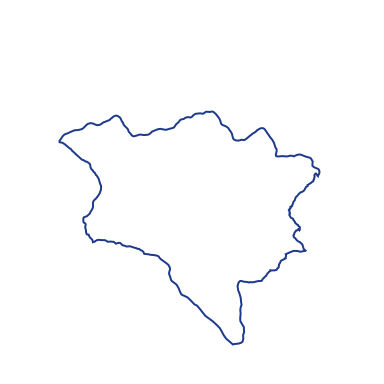 Cepitá, Santander, Colombia, rotated 130°
{"feature_id": "7082276B75602648241124", "entity_name": "Cepitá", "entity_type": "district", "adm_level": 2, "iso_a3": "COL", "parent_name": "Colombia", "parent_adm1": "Santander", "projection": "orthographic", "projection_center": [-72.934, 6.746], "detail": "fine", "context": "isolated", "style": "outline", "palette": "blue", "viewbox_px": 384, "rotation_deg": 130, "n_neighbors": 0, "source": "geoboundaries", "source_scale": "gbopen_adm2", "svg_char_len": 5965}
<svg xmlns="http://www.w3.org/2000/svg" viewBox="0 0 384 384"><g transform="rotate(130 192 192)"><path d="M181.3,295.9L181.6,298.1L182.1,298.9L182.6,299.6L184.6,300.6L185.1,300.8L186.4,300.9L187.9,301.3L189.5,301.4L190.3,301.6L191.0,302.0L191.7,302.5L193.6,303.4L195.6,304.6L197.1,305.0L198.6,305.3L199.7,305.8L200.7,306.6L201.6,307.4L202.6,309.6L203.0,311.4L204.0,313.3L204.8,314.3L206.9,315.6L208.1,315.9L210.6,316.1L213.5,316.4L214.7,316.9L216.9,318.4L218.9,320.2L219.7,321.2L220.8,322.0L225.4,324.3L226.9,324.9L229.3,326.4L230.7,326.8L232.2,326.9L238.1,326.3L239.0,325.4L238.2,324.1L237.5,322.7L237.2,320.0L237.2,314.4L237.0,312.0L237.5,310.1L237.5,307.2L237.8,304.4L237.8,301.4L238.0,297.5L237.9,296.8L237.5,296.1L237.0,293.1L236.3,291.8L236.2,290.0L236.2,288.2L237.1,286.9L238.4,285.5L239.3,283.4L239.1,282.7L239.2,282.2L239.8,280.4L239.8,278.6L240.6,277.0L240.7,276.3L240.6,275.8L241.8,272.1L244.6,267.9L245.8,265.5L246.9,264.6L249.4,262.9L251.2,262.4L252.0,262.0L254.1,261.6L258.4,261.3L259.9,261.6L261.9,261.6L263.0,261.4L264.2,260.8L266.4,258.7L267.3,258.1L268.3,257.7L269.4,257.4L272.9,256.9L273.8,256.5L274.6,256.5L277.8,256.9L278.8,257.3L280.3,258.3L280.9,258.5L281.4,258.5L282.0,258.3L284.7,256.0L284.9,255.3L284.9,254.5L284.7,253.7L284.9,253.0L285.5,252.3L287.6,251.3L289.4,248.7L290.4,247.9L291.7,246.2L292.0,245.3L291.7,244.5L291.1,243.8L291.4,243.1L291.8,242.6L292.4,241.0L292.7,237.7L293.5,236.3L294.1,235.7L293.5,235.4L293.1,234.9L292.6,234.6L291.4,234.4L290.1,233.9L289.2,233.3L288.7,232.8L286.5,229.7L285.2,228.2L284.5,226.7L284.3,224.6L283.9,224.1L282.7,223.0L280.7,220.2L280.4,219.4L280.5,217.0L280.2,216.8L279.1,216.3L277.7,215.1L277.2,214.1L277.4,210.9L277.0,210.0L276.4,209.1L276.0,207.5L275.3,206.5L274.3,205.6L273.3,204.4L271.7,200.3L270.9,198.8L270.7,197.7L270.4,196.9L269.6,196.0L269.6,194.5L269.4,193.5L269.1,192.8L269.1,191.1L269.4,190.2L270.1,188.9L268.5,186.4L267.7,185.5L267.2,184.1L264.4,180.0L263.5,178.4L262.8,176.2L263.4,174.1L263.5,172.3L263.0,165.8L263.0,163.4L263.9,160.9L265.1,159.2L267.1,158.4L269.3,157.2L270.5,155.1L273.1,151.0L273.1,149.1L272.9,144.3L274.2,140.6L275.7,137.8L276.8,135.6L277.3,134.1L275.6,127.7L276.0,122.3L276.5,118.0L275.8,115.1L276.6,110.4L278.3,102.2L277.7,92.9L278.0,87.0L278.4,83.1L281.4,75.4L282.4,71.5L282.5,62.6L281.4,62.0L278.2,58.9L276.0,57.5L274.1,57.1L271.2,58.5L270.3,59.5L268.7,60.9L266.0,61.9L264.0,63.8L262.2,65.4L260.0,71.7L257.9,73.8L254.0,76.5L251.5,79.0L249.4,80.4L246.5,81.6L244.6,83.8L241.8,86.6L238.8,91.1L237.8,93.2L234.8,96.6L232.5,97.7L231.2,98.1L229.5,98.0L228.6,97.3L228.2,96.6L227.4,94.6L225.5,92.0L224.6,90.0L223.7,89.6L222.6,88.0L221.1,86.5L218.5,84.7L217.9,84.1L217.2,83.6L216.5,82.6L215.3,81.6L214.5,81.6L213.8,81.9L211.4,81.7L210.6,81.8L208.8,81.3L206.0,81.8L205.2,81.7L203.5,81.7L202.4,81.3L202.1,81.4L201.5,81.7L200.8,80.3L200.0,79.7L198.9,78.2L198.1,77.9L197.6,77.3L197.0,77.1L195.7,77.5L194.5,77.1L194.1,77.1L193.7,77.3L193.2,77.9L191.8,78.4L191.5,78.8L189.2,79.1L187.9,79.6L187.0,79.5L184.5,78.3L183.6,78.3L183.0,77.7L182.6,77.6L182.4,78.0L182.2,78.1L181.3,78.4L180.1,79.3L179.6,79.7L179.4,80.2L175.8,78.5L172.4,76.7L171.5,76.0L170.7,74.9L169.5,73.5L169.1,72.5L168.4,71.4L168.3,70.9L167.9,70.4L167.0,69.6L165.6,68.7L164.4,67.4L163.9,67.3L164.0,68.7L163.9,68.9L163.7,70.1L161.9,72.7L161.6,73.4L161.3,73.6L161.2,74.0L161.1,75.3L161.2,76.6L161.0,77.0L161.2,77.8L161.6,79.0L161.6,80.6L161.3,82.3L161.0,83.1L161.2,84.4L161.1,84.8L160.2,86.3L159.8,86.5L159.4,86.4L159.0,86.5L158.2,86.9L157.3,87.2L157.0,87.4L156.1,87.3L154.8,87.5L153.7,86.7L153.3,86.8L152.6,86.3L152.2,86.4L151.9,86.6L151.7,86.3L152.2,85.1L151.8,85.1L151.4,85.3L150.6,86.0L150.3,86.3L149.6,86.7L149.5,87.6L149.7,88.4L149.1,89.5L149.1,89.9L149.4,90.3L149.3,93.1L149.1,93.5L148.8,93.8L148.4,95.5L148.3,96.3L147.7,96.9L147.6,97.3L147.7,97.7L147.8,98.6L148.0,99.0L148.1,99.8L147.1,102.6L146.4,103.1L146.1,102.9L145.7,102.9L145.3,103.2L145.1,104.0L144.1,104.8L144.0,105.2L144.0,105.7L143.6,105.8L142.3,106.0L142.5,106.3L140.9,106.3L140.7,106.6L139.2,106.4L139.3,106.8L138.5,106.5L136.4,107.1L134.2,108.0L132.2,108.0L129.6,109.1L127.7,108.9L124.7,108.9L122.7,108.7L121.1,107.7L118.9,107.1L114.6,107.9L113.2,107.2L112.9,107.3L112.6,107.5L112.3,107.9L111.9,107.6L110.8,107.5L109.0,106.8L107.6,106.5L106.7,106.5L105.9,106.0L105.3,106.1L104.4,106.8L103.4,106.8L102.6,107.5L101.6,107.8L101.0,108.3L100.8,108.8L99.8,109.2L98.5,109.2L98.2,109.0L98.2,108.4L98.3,107.7L98.9,106.3L98.9,105.7L98.4,106.0L96.7,106.2L95.3,106.8L93.8,108.2L93.2,109.9L94.6,114.6L94.6,116.5L93.2,117.7L91.1,119.1L89.9,122.3L90.0,123.7L91.8,127.7L93.6,133.1L95.5,135.0L98.0,136.4L99.1,136.7L99.7,138.3L101.2,140.2L103.3,141.7L105.1,143.9L106.1,145.5L109.2,148.6L110.4,150.5L109.8,151.6L106.0,153.6L104.8,154.8L104.5,156.0L104.0,157.1L101.6,160.9L100.4,164.1L99.8,167.3L97.3,176.3L97.2,177.5L97.5,178.6L98.2,179.6L99.6,180.7L102.8,181.8L104.4,181.9L105.6,182.1L108.7,183.2L109.9,183.3L111.8,183.8L117.2,184.7L118.3,185.2L119.2,186.1L120.3,187.9L121.1,188.2L122.8,189.5L123.6,190.5L124.4,191.9L124.7,193.1L124.8,194.2L124.3,195.3L121.7,198.9L121.1,200.4L119.7,205.5L119.7,206.9L120.0,208.6L121.0,211.5L121.1,212.7L120.9,213.7L119.2,216.2L118.3,218.0L118.0,219.1L117.2,222.4L116.9,224.3L116.9,227.2L117.3,228.1L118.5,229.3L119.3,229.8L119.9,230.8L121.3,232.6L122.0,233.0L124.7,233.7L125.5,234.6L126.0,235.6L127.2,237.1L129.7,239.4L131.3,240.1L132.6,240.3L133.8,240.3L135.1,240.6L135.9,241.1L137.5,243.5L138.4,244.2L139.7,244.9L141.3,245.3L142.4,246.1L143.4,246.9L144.3,247.3L147.8,247.2L150.2,247.7L153.5,247.3L154.6,247.5L156.1,248.4L157.8,249.7L160.7,251.6L161.7,252.8L164.0,256.9L165.4,258.1L166.9,259.1L171.6,261.5L172.7,261.5L174.7,261.8L176.5,262.6L177.8,263.9L179.2,265.4L181.1,268.3L182.2,269.5L183.2,269.9L186.7,272.3L187.2,273.2L187.3,274.8L186.9,276.3L186.5,279.0L186.1,280.0L185.5,280.8L185.0,282.1L184.6,286.7L184.1,288.2L183.4,289.2L183.1,290.7L181.4,294.4L181.3,295.9Z" fill="none" stroke="#1e3a8a" stroke-width="2"/></g></svg>